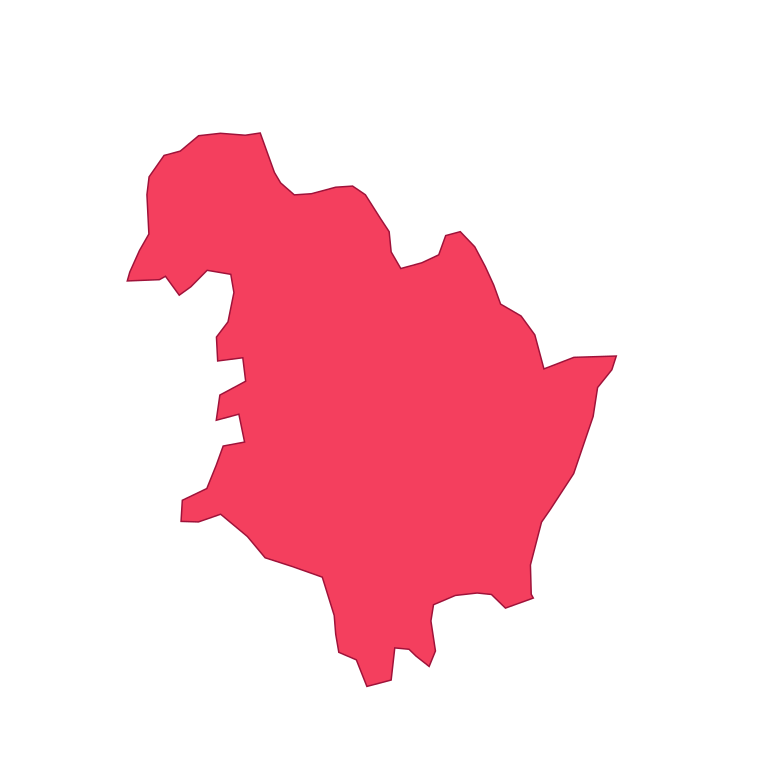 the district of Anseong-si, Gyeonggi, South Korea, rotated 255°
{"feature_id": "91817680B64740203795166", "entity_name": "Anseong-si", "entity_type": "district", "adm_level": 2, "iso_a3": "KOR", "parent_name": "South Korea", "parent_adm1": "Gyeonggi", "projection": "albers", "projection_center": [127.32, 37.016], "detail": "fine", "context": "isolated", "style": "filled", "palette": "rose", "viewbox_px": 768, "rotation_deg": 255, "n_neighbors": 0, "source": "geoboundaries", "source_scale": "gbopen_adm2", "svg_char_len": 1260}
<svg xmlns="http://www.w3.org/2000/svg" viewBox="0 0 768 768"><g transform="rotate(255 384 384)"><path d="M550.0,162.7L542.9,194.1L544.6,200.8L522.8,209.2L527.9,222.6L539.6,242.6L529.6,264.4L511.2,262.7L484.4,249.4L472.7,234.3L449.3,229.3L445.9,254.4L422.5,251.1L415.8,222.6L392.4,212.6L392.4,236.0L364.0,234.3L365.7,212.6L348.9,200.9L328.9,185.8L323.9,159.1L303.8,152.4L298.8,169.1L300.5,192.5L272.0,212.6L246.9,224.2L231.8,247.6L213.4,274.4L173.3,276.0L154.9,272.6L136.5,270.9L124.7,285.9L96.3,289.2L96.2,314.3L126.3,326.1L121.3,339.5L112.9,344.5L99.5,354.5L112.8,364.6L143.0,368.0L158.0,374.7L161.3,398.2L158.0,419.9L152.9,433.3L136.1,443.3L138.6,472.8L142.8,471.8L171.3,478.6L209.8,500.4L219.8,512.2L248.3,544.0L273.4,560.8L298.5,577.6L325.3,589.4L338.8,607.8L350.9,615.6L360.6,574.3L357.2,542.4L392.4,542.4L414.2,534.0L431.0,517.3L451.1,515.6L471.2,512.2L493.0,507.2L511.4,497.1L511.4,482.0L494.6,470.3L491.3,451.9L491.2,430.1L509.7,425.1L529.8,428.4L544.8,423.4L571.6,415.0L583.3,404.9L586.6,388.2L586.6,363.0L589.9,346.3L605.0,336.2L616.7,332.9L658.5,329.4L660.2,314.4L668.5,290.9L671.8,269.2L661.7,247.5L661.7,230.7L644.9,210.7L628.2,204.0L589.7,195.7L576.3,182.4L557.9,167.4L550.0,162.7Z" fill="#f43f5e" stroke="#9f1239" stroke-width="1.5"/></g></svg>